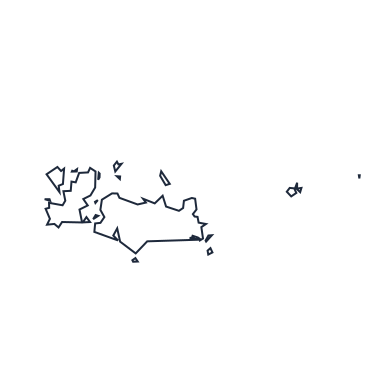 the district of Flinders (Tas.), Tasmania, Australia, rotated 125°
{"feature_id": "25037944B15550630319657", "entity_name": "Flinders (Tas.)", "entity_type": "district", "adm_level": 2, "iso_a3": "AUS", "parent_name": "Australia", "parent_adm1": "Tasmania", "projection": "orthographic", "projection_center": [148.029, -39.899], "detail": "medium", "context": "isolated", "style": "outline", "palette": "slate", "viewbox_px": 384, "rotation_deg": 125, "n_neighbors": 0, "source": "geoboundaries", "source_scale": "gbopen_adm2", "svg_char_len": 1963}
<svg xmlns="http://www.w3.org/2000/svg" viewBox="0 0 384 384"><g transform="rotate(125 192 192)"><path d="M203.7,178.3L195.7,185.6L197.0,188.7L203.8,193.6L210.2,190.1L214.9,191.9L218.8,204.9L211.9,213.9L222.7,216.0L225.6,228.2L227.1,223.7L233.4,229.4L238.4,248.1L236.0,252.2L239.0,256.7L250.0,261.4L259.2,256.8L262.8,249.4L269.8,249.3L273.3,253.3L280.7,249.1L274.1,224.8L272.8,231.5L264.7,232.4L273.9,222.4L274.6,202.9L258.1,200.4L226.6,158.3L231.0,167.6L227.6,163.8L228.2,166.2L227.5,166.4L225.9,161.1L225.9,158.6L227.0,157.7L223.8,156.3L215.4,164.2L210.2,162.2L213.3,169.0L209.2,173.2L210.6,175.8L209.6,178.6L203.7,178.3ZM235.6,288.4L241.1,295.4L250.8,292.8L252.6,296.7L260.6,292.0L265.1,297.8L271.8,290.8L277.1,290.4L282.9,302.9L286.9,299.9L289.7,302.3L295.5,293.0L301.9,292.0L297.1,286.4L297.6,281.0L291.1,281.2L280.0,264.6L270.9,274.1L262.8,269.7L260.1,277.0L253.1,273.2L243.9,273.9L230.5,282.8L230.7,289.3L235.6,288.4ZM259.5,302.3L246.2,310.2L249.9,311.3L248.7,316.6L260.9,321.3L268.1,300.5L263.3,304.8L259.5,302.3ZM132.6,114.3L137.4,114.5L138.7,108.2L132.9,106.0L130.4,110.4L132.6,114.3ZM209.3,265.9L211.6,268.1L210.2,270.9L215.2,271.2L219.2,266.6L209.3,265.9ZM201.5,217.5L198.1,214.9L192.7,229.1L197.0,227.4L201.5,217.5ZM275.1,258.3L273.1,264.1L279.5,264.0L275.1,258.3ZM216.0,150.9L218.2,153.6L224.0,153.0L224.5,152.0L216.0,150.9ZM128.9,107.9L124.1,111.2L129.1,109.9L130.1,103.3L125.9,104.7L128.9,107.9ZM227.4,144.7L231.1,145.6L233.9,142.8L229.8,140.6L227.4,144.7ZM278.6,200.5L282.1,201.7L282.9,200.2L280.1,196.6L278.6,200.5ZM266.1,257.7L270.9,257.4L265.3,255.1L266.1,257.7ZM220.5,259.8L222.2,262.6L222.8,258.5L220.5,259.8ZM235.8,275.9L233.1,276.1L229.9,278.2L229.7,279.4L235.8,275.9ZM282.4,308.6L280.6,303.2L279.6,304.6L282.4,308.6ZM84.9,62.7L82.1,64.2L82.6,64.9L84.9,62.7ZM239.2,299.3L242.7,300.5L243.3,302.3L244.2,302.1L241.3,298.2L239.2,299.3ZM252.7,264.5L255.7,265.8L256.4,264.8L252.7,264.5Z" fill="none" stroke="#1e293b" stroke-width="2"/></g></svg>